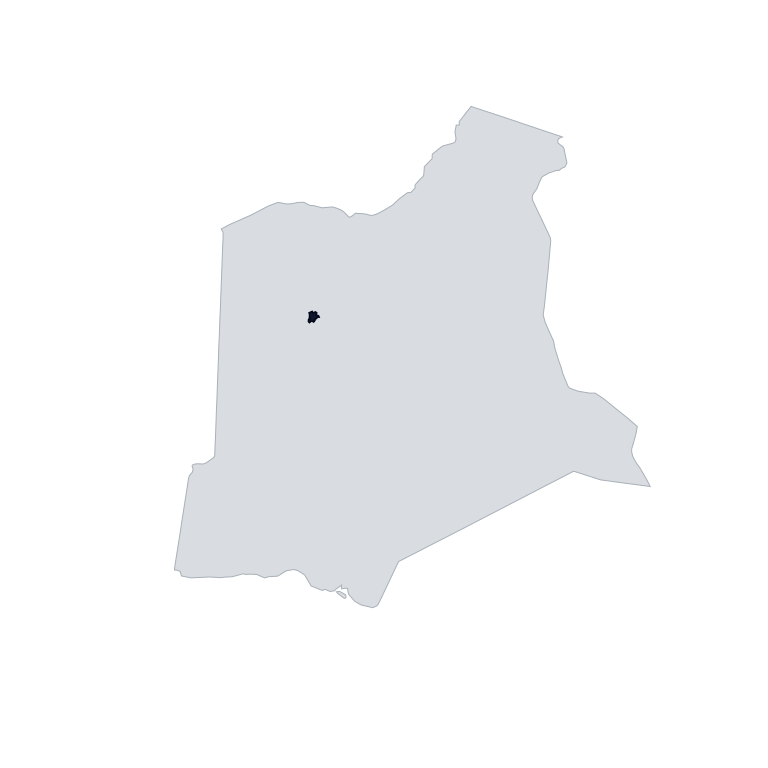 Bahati, Rift Valley, Kenya shown in context, rotated 63°
{"feature_id": "3690345B12998672958499", "entity_name": "Bahati", "entity_type": "district", "adm_level": 2, "iso_a3": "KEN", "parent_name": "Kenya", "parent_adm1": "Rift Valley", "projection": "orthographic", "projection_center": [36.164, -0.224], "detail": "fine", "context": "in_parent", "style": "filled", "palette": "ink", "viewbox_px": 768, "rotation_deg": 63, "n_neighbors": 0, "source": "geoboundaries", "source_scale": "gbopen_adm2", "svg_char_len": 4577}
<svg xmlns="http://www.w3.org/2000/svg" viewBox="0 0 768 768"><g transform="rotate(63 384 384)"><path d="M172.0,458.6L171.8,449.5L173.1,426.4L172.9,406.1L174.1,395.9L179.1,389.5L181.4,384.8L183.1,378.3L185.7,372.9L191.6,368.6L192.7,366.2L199.0,359.0L202.8,349.6L205.7,346.5L209.2,343.5L211.7,342.0L215.9,340.5L219.1,339.6L219.7,338.8L220.0,337.3L218.9,331.6L220.3,329.7L222.5,325.8L225.0,322.2L227.3,319.9L228.6,317.6L229.2,313.5L229.3,310.6L229.2,305.9L228.5,295.3L225.9,286.3L224.2,276.3L225.5,273.0L223.4,267.2L222.3,266.9L220.6,265.6L218.4,260.1L216.8,255.0L215.8,253.7L208.6,249.3L205.1,238.9L201.1,236.6L199.0,226.3L198.6,223.4L200.8,213.1L200.6,210.7L198.2,208.5L191.6,206.3L186.1,202.1L186.9,200.6L187.3,199.1L184.4,198.0L176.2,180.4L186.9,169.9L197.7,159.1L211.5,145.6L224.2,133.2L235.2,122.4L244.9,112.9L244.7,114.7L244.7,117.1L245.9,118.6L247.9,119.6L250.7,118.5L253.2,117.1L255.6,116.7L270.2,120.7L272.7,124.2L272.5,127.9L273.2,130.7L272.0,133.4L270.8,141.6L271.2,149.2L275.5,154.8L279.5,159.2L282.6,165.3L284.9,167.2L288.1,168.2L298.2,168.5L313.1,168.9L327.5,169.3L328.8,169.4L331.9,170.3L345.1,178.6L357.3,186.2L367.5,192.9L377.5,199.3L387.2,205.6L394.7,210.8L402.1,212.4L414.2,213.1L422.5,213.4L430.2,215.6L441.6,217.6L450.1,218.7L455.3,219.9L469.6,221.1L472.0,220.4L478.3,214.6L485.3,205.2L488.0,200.0L497.1,194.9L513.1,187.8L524.3,182.7L536.8,177.6L542.6,182.0L550.5,189.1L554.0,192.6L556.8,194.1L561.1,195.2L566.3,195.2L569.1,195.0L574.9,194.1L588.5,193.3L596.2,193.4L589.7,202.7L582.0,214.0L567.7,234.6L556.8,245.5L548.6,253.8L547.8,255.2L547.9,264.4L548.0,286.9L548.3,331.8L548.6,376.7L548.7,421.6L548.8,444.1L548.8,451.6L556.1,461.1L563.2,470.3L572.6,482.5L577.6,489.1L578.4,491.2L578.2,495.6L570.4,504.8L564.0,508.9L555.5,510.9L553.0,510.5L549.6,509.2L548.3,511.4L547.3,514.8L545.4,514.1L544.0,513.1L544.8,519.2L545.7,522.2L544.4,526.2L540.2,529.8L539.9,532.7L530.9,540.6L518.1,541.4L511.4,545.3L508.4,548.5L506.1,555.5L506.9,566.1L503.3,574.3L502.6,578.4L496.0,583.8L493.1,588.7L490.9,593.6L489.1,595.8L486.8,606.9L483.7,613.7L482.9,615.9L482.1,618.0L479.7,621.9L478.2,624.7L477.0,626.5L469.2,643.8L463.1,651.6L458.4,650.7L455.2,653.7L454.9,655.1L453.2,654.3L449.2,651.5L441.1,645.6L433.0,639.7L424.9,633.8L416.7,628.0L408.6,622.1L400.4,616.2L392.3,610.3L384.1,604.4L379.4,601.0L377.2,598.9L375.6,594.9L374.8,593.9L372.6,592.6L370.1,592.3L369.3,591.5L369.3,589.6L370.2,586.8L373.2,581.4L373.6,578.2L373.0,574.6L372.1,568.8L371.2,567.5L365.8,564.5L354.5,558.1L343.2,551.8L331.8,545.5L320.5,539.1L309.1,532.8L297.7,526.4L286.4,520.1L275.0,513.8L263.7,507.4L252.3,501.1L241.0,494.7L229.6,488.4L218.2,482.0L206.9,475.7L195.5,469.4L184.2,463.0L179.9,460.6L176.0,458.6L172.0,458.6ZM549.5,520.3L547.5,520.8L548.6,517.7L554.4,513.8L556.8,514.7L557.2,515.6L557.1,516.4L556.1,517.2L549.5,520.3Z" fill="#d9dde1" stroke="#a8b0b8" stroke-width="1"/><path d="M295.0,411.5L294.9,411.5L294.6,411.5L294.5,411.4L294.4,411.4L294.2,411.3L293.9,411.3L293.6,411.4L293.4,411.4L293.3,411.5L293.2,411.6L292.9,411.8L292.7,412.0L292.6,412.3L292.4,412.4L292.3,412.5L292.0,412.7L291.6,413.0L291.4,413.0L291.2,413.0L291.2,412.8L291.1,412.7L290.9,412.6L290.8,412.4L290.7,412.3L290.5,412.2L290.4,412.1L290.3,411.9L290.2,411.6L289.9,411.5L289.7,411.5L289.7,411.4L289.6,411.6L289.4,411.8L289.4,412.1L289.0,412.3L288.5,412.5L288.5,413.0L288.5,413.5L288.5,413.8L288.5,414.4L288.5,415.0L287.9,415.0L287.3,415.0L286.7,415.0L286.6,416.3L286.6,416.7L286.6,416.8L286.6,417.3L286.6,417.6L286.6,417.9L286.6,418.2L286.6,418.3L286.6,418.5L286.8,418.5L287.2,418.6L287.6,418.7L287.9,418.7L288.1,418.7L288.3,418.8L288.5,418.9L288.7,419.0L288.8,419.1L289.0,419.2L289.2,419.3L289.4,419.4L289.8,419.6L290.1,419.8L290.3,419.9L290.5,419.8L290.5,420.1L291.0,420.3L291.4,420.5L291.7,420.7L291.6,420.4L291.8,420.4L292.0,420.4L292.4,420.5L292.5,420.5L292.5,421.1L292.5,421.3L292.0,421.4L292.0,421.6L292.1,421.8L292.6,422.1L292.9,422.3L293.2,422.5L293.7,422.8L293.8,422.9L294.1,423.0L294.3,422.9L294.5,422.9L294.9,422.8L295.1,422.7L295.4,422.6L295.5,422.6L295.5,422.4L295.4,422.1L295.3,421.8L295.3,421.5L295.2,421.1L295.1,420.8L295.1,420.5L295.1,420.2L295.1,419.6L295.1,419.4L295.4,419.3L295.8,419.1L296.3,418.9L296.7,418.7L296.8,418.7L296.8,418.4L296.7,418.3L296.7,418.2L296.6,417.9L296.5,417.6L296.4,417.4L296.2,417.1L296.1,416.9L295.9,416.6L295.7,416.3L295.4,416.3L295.1,416.0L295.0,415.9L295.0,415.6L295.0,415.3L295.0,415.2L295.0,414.9L294.9,414.9L294.8,414.4L294.8,414.2L294.7,413.9L294.6,413.3L294.5,412.8L294.4,412.3L294.8,411.9L295.0,411.5Z" fill="#0f172a" stroke="#020617" stroke-width="1.5"/></g></svg>